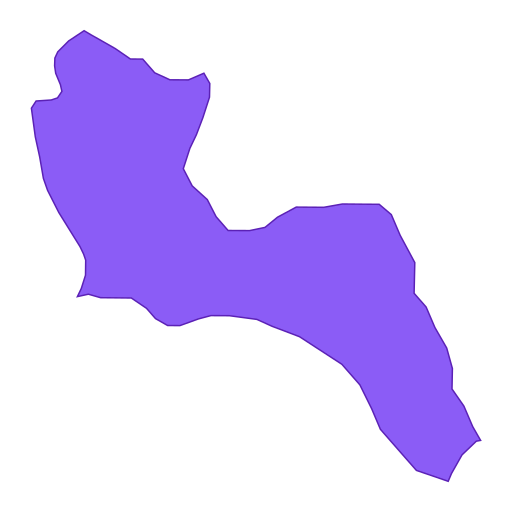 the district of Hamju, Hamgyŏng-namdo, North Korea
{"feature_id": "82179303B5529079256515", "entity_name": "Hamju", "entity_type": "district", "adm_level": 2, "iso_a3": "PRK", "parent_name": "North Korea", "parent_adm1": "Hamgyŏng-namdo", "projection": "mercator", "projection_center": [127.263, 39.9], "detail": "fine", "context": "isolated", "style": "filled", "palette": "violet", "viewbox_px": 512, "rotation_deg": 0, "n_neighbors": 0, "source": "geoboundaries", "source_scale": "gbopen_adm2", "svg_char_len": 1143}
<svg xmlns="http://www.w3.org/2000/svg" viewBox="0 0 512 512"><path d="M414.8,262.6L400.1,235.2L391.3,214.6L379.2,204.3L363.9,204.2L342.4,204.0L323.8,207.3L296.2,207.1L277.5,217.2L265.0,227.4L249.6,230.6L228.1,230.5L216.1,216.7L207.3,199.6L192.2,185.9L183.3,168.7L189.9,148.3L196.4,134.7L202.9,117.6L209.5,97.2L209.8,83.5L203.9,73.2L188.4,79.9L169.9,79.8L154.7,72.8L142.7,59.1L130.4,59.0L115.3,48.6L103.2,41.7L91.0,34.8L84.1,30.7L68.7,40.9L57.8,51.8L54.9,58.0L54.6,65.8L55.7,73.3L60.4,84.6L61.9,91.4L57.5,97.9L51.2,100.0L36.1,101.0L31.4,108.2L35.3,136.8L39.7,157.0L43.4,178.4L47.6,190.4L58.8,212.5L80.0,246.6L83.6,254.1L85.7,260.2L85.5,275.2L81.3,288.5L77.4,296.6L88.4,294.2L100.6,297.7L112.9,297.8L131.3,298.0L146.5,308.3L155.5,318.6L167.6,325.5L179.9,325.6L198.5,318.9L210.9,315.6L229.3,315.7L256.9,319.4L272.1,326.3L299.5,336.7L320.7,350.5L341.9,364.3L359.9,384.9L371.7,408.8L380.4,429.3L401.4,453.3L416.4,470.4L448.2,481.3L451.5,473.5L462.0,454.9L476.3,441.2L480.6,440.4L472.7,426.6L463.9,406.1L452.0,389.0L452.4,368.5L446.7,348.0L434.9,327.5L426.1,307.0L414.1,293.3L414.8,262.6Z" fill="#8b5cf6" stroke="#5b21b6" stroke-width="1.5"/></svg>